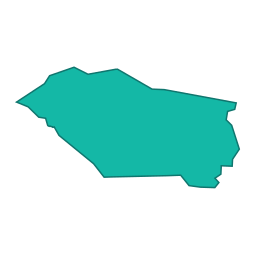 Marion, West Virginia, United States of America (Natural Earth projection), rotated 178°
{"feature_id": "52423323B25945038003590", "entity_name": "Marion", "entity_type": "district", "adm_level": 2, "iso_a3": "USA", "parent_name": "United States of America", "parent_adm1": "West Virginia", "projection": "natural_earth1", "projection_center": [-80.207, 39.513], "detail": "fine", "context": "isolated", "style": "filled", "palette": "teal", "viewbox_px": 256, "rotation_deg": 178, "n_neighbors": 0, "source": "geoboundaries", "source_scale": "gbopen_adm2", "svg_char_len": 679}
<svg xmlns="http://www.w3.org/2000/svg" viewBox="0 0 256 256"><g transform="rotate(178 128 128)"><path d="M238.5,157.8L227.0,152.6L216.8,141.9L210.0,140.6L208.2,133.5L207.8,133.0L207.0,132.6L206.2,132.6L205.9,132.3L205.2,132.5L204.4,132.0L203.5,131.9L203.4,131.5L203.0,131.3L201.7,131.6L197.2,123.0L163.6,93.5L153.6,79.7L146.6,79.7L90.7,79.0L77.0,79.0L69.0,68.3L57.9,66.4L43.3,65.4L39.1,70.3L42.9,74.8L36.8,78.6L36.1,87.0L25.2,86.2L24.6,93.1L17.5,103.0L24.3,127.1L29.6,132.7L27.9,141.1L20.7,142.9L19.0,149.3L90.5,165.1L102.6,166.0L136.4,187.1L138.4,187.1L166.1,183.1L179.8,190.6L204.5,183.0L209.9,175.2L238.5,157.8Z" fill="#14b8a6" stroke="#0f766e" stroke-width="1.5"/></g></svg>